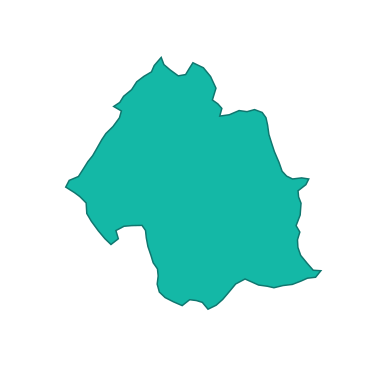 Itaquaquecetuba, São Paulo, Brazil (orthographic projection), rotated 62°
{"feature_id": "56859067B72573583374098", "entity_name": "Itaquaquecetuba", "entity_type": "district", "adm_level": 2, "iso_a3": "BRA", "parent_name": "Brazil", "parent_adm1": "São Paulo", "projection": "orthographic", "projection_center": [-46.334, -23.463], "detail": "fine", "context": "isolated", "style": "filled", "palette": "teal", "viewbox_px": 384, "rotation_deg": 62, "n_neighbors": 0, "source": "geoboundaries", "source_scale": "gbopen_adm2", "svg_char_len": 1410}
<svg xmlns="http://www.w3.org/2000/svg" viewBox="0 0 384 384"><g transform="rotate(62 192 192)"><path d="M132.2,126.4L126.3,127.8L120.3,130.8L111.6,122.1L98.7,121.4L87.7,123.6L78.3,130.5L82.0,137.0L85.3,142.5L83.0,149.6L73.9,154.0L66.3,157.0L58.7,156.0L62.6,166.0L66.9,171.4L67.3,180.2L68.7,189.0L73.3,197.3L75.4,207.5L79.0,213.7L79.7,221.0L87.3,216.3L92.4,221.2L97.1,231.0L99.9,240.5L103.4,247.0L109.0,255.8L113.3,262.7L116.3,269.7L120.7,277.3L125.0,285.0L124.1,295.0L128.4,301.2L137.3,296.1L143.4,293.2L152.0,290.6L161.6,295.0L170.7,294.6L182.4,292.9L192.4,290.8L200.3,288.2L198.7,279.0L190.3,277.3L190.3,268.2L193.4,260.9L198.0,251.8L204.1,251.1L211.1,253.9L219.4,256.5L228.7,258.0L236.3,259.5L243.7,258.6L250.3,261.3L257.0,266.0L265.0,267.8L272.6,265.3L280.3,259.9L287.7,254.0L286.0,244.6L289.9,239.1L294.3,234.7L303.0,232.9L303.3,223.8L301.3,215.4L297.6,206.1L293.7,196.6L293.7,186.0L305.4,176.9L310.6,169.7L315.0,164.6L317.3,155.6L320.7,146.8L321.8,137.7L322.3,130.5L325.3,122.9L322.0,115.2L318.0,121.7L309.0,123.8L299.0,125.8L290.6,124.5L283.7,121.3L278.0,115.6L270.6,115.9L263.1,107.3L253.1,101.0L246.4,100.2L240.7,97.8L239.0,88.0L235.3,82.8L231.0,88.6L227.7,97.1L222.4,101.0L216.0,102.7L206.9,101.3L195.0,100.3L186.4,98.8L177.3,97.1L168.3,93.8L161.1,91.8L154.7,92.7L148.6,98.1L146.9,105.7L142.2,112.2L141.3,122.8L138.0,131.9L132.2,126.4Z" fill="#14b8a6" stroke="#0f766e" stroke-width="1.5"/></g></svg>